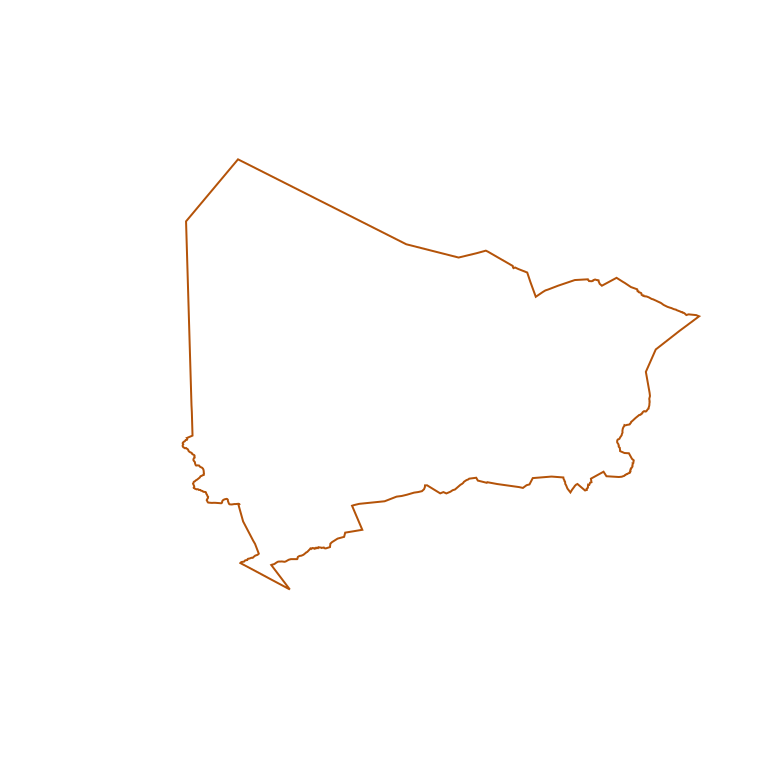 the district of Grong nor, Nord-Trøndelag, Norway, rotated 213°
{"feature_id": "86288312B93862258107530", "entity_name": "Grong nor", "entity_type": "district", "adm_level": 2, "iso_a3": "NOR", "parent_name": "Norway", "parent_adm1": "Nord-Trøndelag", "projection": "orthographic", "projection_center": [12.349, 64.529], "detail": "fine", "context": "isolated", "style": "outline", "palette": "amber", "viewbox_px": 768, "rotation_deg": 213, "n_neighbors": 0, "source": "geoboundaries", "source_scale": "gbopen_adm2", "svg_char_len": 6118}
<svg xmlns="http://www.w3.org/2000/svg" viewBox="0 0 768 768"><g transform="rotate(213 384 384)"><path d="M638.6,412.6L534.0,261.5L529.8,255.7L516.6,236.6L516.5,236.4L519.9,231.4L519.5,231.3L519.1,230.8L518.9,230.3L518.9,229.8L519.8,229.0L519.9,227.5L520.6,226.3L520.5,225.8L520.7,225.1L520.6,224.7L520.3,224.4L519.5,224.1L519.4,222.8L519.1,222.3L518.1,221.7L517.5,221.6L516.7,221.8L516.0,221.7L515.1,222.5L514.5,222.3L513.4,222.5L512.2,222.0L511.6,221.5L510.5,221.2L509.3,221.2L508.2,221.4L507.3,221.3L506.6,220.8L504.4,221.0L503.6,220.5L503.4,219.6L502.8,219.3L502.7,219.1L503.0,218.5L502.9,217.3L502.5,216.5L501.7,216.0L500.1,215.5L499.1,214.4L497.9,213.5L497.1,213.3L496.1,214.2L494.6,214.9L493.3,214.4L490.8,214.7L489.5,214.3L488.4,213.5L487.7,212.6L487.1,212.0L486.8,211.3L486.3,211.0L486.2,210.5L485.6,209.7L485.8,209.3L486.4,208.8L486.9,207.6L487.6,206.8L487.6,206.3L487.6,205.7L487.6,205.2L488.7,201.9L489.3,200.8L489.6,199.5L490.1,198.7L490.2,197.9L489.9,197.3L489.9,196.4L488.1,195.3L487.4,194.8L487.2,194.2L487.1,193.3L486.9,193.2L486.3,193.4L485.7,193.2L485.0,193.4L483.9,193.5L483.1,194.2L482.2,194.5L481.7,194.3L480.3,195.1L479.4,194.9L477.9,195.4L476.9,195.2L474.8,196.2L474.3,196.1L473.2,195.1L472.4,194.9L471.1,193.9L470.1,193.6L469.9,192.9L469.7,192.8L469.5,192.1L469.6,190.9L469.4,190.0L468.4,189.5L467.9,189.1L466.9,188.8L464.0,190.3L461.1,192.3L455.6,195.3L455.4,195.8L455.2,196.3L455.8,197.5L455.8,198.7L455.1,200.2L454.3,201.1L453.5,201.9L452.9,202.1L452.0,201.9L451.1,200.8L448.9,199.2L448.2,199.0L447.7,199.1L446.0,200.1L444.0,201.9L442.9,202.6L440.8,204.3L440.0,204.5L439.8,204.4L440.1,203.7L440.0,203.2L427.3,192.0L408.3,181.3L405.1,179.7L396.6,173.5L396.6,173.3L396.7,172.7L397.2,171.6L398.5,170.0L399.3,167.5L399.3,167.1L399.4,166.8L399.7,166.5L400.4,166.2L401.7,164.4L402.8,163.4L403.0,162.9L402.8,162.2L402.8,161.9L404.3,160.6L404.5,159.9L404.5,159.4L404.6,158.9L406.6,157.0L407.0,155.9L407.0,155.6L351.1,160.4L380.0,170.8L379.6,171.4L378.1,173.0L377.6,174.0L377.2,175.1L376.4,176.8L375.9,177.5L372.9,179.6L370.6,180.7L369.8,181.6L368.2,184.7L366.7,186.4L361.5,189.8L361.4,190.3L362.0,191.7L362.0,192.2L361.2,193.8L359.8,195.0L358.5,197.0L358.1,198.5L357.7,199.3L357.7,199.7L357.6,200.2L356.9,201.4L356.1,205.6L356.2,205.9L356.0,206.3L355.6,206.4L355.2,206.2L354.9,207.1L354.6,207.5L354.2,207.5L353.9,208.0L354.0,207.7L353.7,207.8L353.4,208.1L353.0,208.0L352.8,208.3L352.3,208.2L352.2,208.5L352.4,208.6L351.8,208.9L351.6,209.1L351.7,209.4L351.2,209.5L351.0,209.8L350.5,210.1L350.9,210.3L350.4,210.7L349.9,211.6L348.9,211.8L347.8,212.5L347.0,212.5L346.7,212.9L345.4,214.1L344.6,213.8L343.3,214.4L340.5,217.8L342.0,220.9L341.5,223.0L338.7,229.1L334.2,234.1L335.6,238.2L322.8,249.9L344.5,264.5L343.3,266.0L339.5,270.0L319.6,286.0L312.1,296.4L308.2,299.7L304.5,303.6L299.6,309.3L296.6,311.9L293.8,314.8L293.1,317.6L293.6,319.9L294.4,321.3L292.7,322.5L277.3,322.9L275.3,325.7L272.1,326.2L269.6,329.9L268.6,332.3L267.0,334.2L265.0,341.1L264.1,342.9L263.7,344.3L263.7,345.5L262.5,348.3L261.4,349.8L261.0,351.0L255.6,355.6L252.7,354.1L244.0,357.1L243.9,357.9L234.5,361.8L214.6,371.1L210.9,372.5L209.3,376.8L207.3,379.0L208.0,386.1L193.1,397.6L182.7,403.3L182.2,402.7L181.2,401.9L180.1,401.4L179.7,400.8L178.9,400.6L177.5,398.9L176.2,398.3L173.2,396.2L168.6,394.6L168.7,397.7L168.6,399.2L168.4,402.0L168.5,402.3L168.1,404.1L167.3,405.5L157.4,404.2L156.2,405.7L157.0,406.5L156.5,408.1L157.4,409.5L158.0,410.8L156.9,411.2L157.4,413.5L156.5,414.6L158.9,417.3L152.1,430.0L147.2,427.8L136.4,433.9L134.0,435.8L133.8,436.2L132.5,437.8L132.4,438.7L131.9,439.1L131.8,439.9L131.4,440.7L130.9,441.0L130.4,442.4L130.1,442.6L129.7,443.0L129.4,443.8L130.0,444.4L129.8,445.0L130.0,445.1L130.0,445.4L130.3,445.7L130.5,445.8L130.5,446.8L130.8,446.9L130.9,447.3L130.7,448.3L130.9,448.4L130.9,448.6L130.6,449.6L130.8,450.4L131.4,451.0L131.4,451.3L131.4,451.5L131.7,451.9L131.9,452.6L132.1,452.8L131.9,452.9L131.8,453.3L133.0,456.0L135.3,456.3L140.9,459.3L144.7,457.1L149.4,456.3L151.4,458.8L151.6,459.0L152.3,459.0L153.0,459.3L153.5,459.8L153.5,460.2L153.7,460.4L154.9,461.3L156.0,461.7L156.9,462.3L157.4,463.3L157.6,463.6L157.7,464.0L157.6,465.0L157.1,465.5L156.7,466.3L156.9,467.9L156.8,469.4L156.8,470.6L157.2,471.4L157.4,472.7L157.5,473.2L158.0,473.8L158.6,474.7L159.4,476.6L159.5,477.1L159.7,478.1L159.6,479.7L159.9,480.1L160.0,480.5L159.3,480.6L158.8,481.0L157.9,482.1L157.3,482.6L156.0,483.8L155.9,484.2L156.1,484.6L155.8,486.0L155.8,486.3L156.1,486.8L156.1,487.0L155.7,487.9L154.5,492.6L153.2,496.6L153.1,496.8L153.1,497.0L152.2,497.8L152.3,498.0L152.2,498.2L152.2,498.5L151.6,499.3L151.7,499.8L151.5,500.5L151.7,500.8L151.6,501.6L151.2,502.7L150.9,503.0L150.4,503.0L149.8,503.6L149.5,503.5L149.2,503.9L149.1,504.7L149.1,505.4L149.1,505.8L149.1,506.2L149.0,506.4L148.9,507.1L148.7,507.5L149.1,507.9L149.4,509.3L149.9,510.7L151.1,512.8L151.4,513.7L152.1,514.2L152.3,514.8L153.4,515.9L154.4,518.8L156.4,521.2L171.0,536.8L174.9,561.0L165.1,589.5L156.6,612.4L159.7,611.8L166.5,608.3L168.0,606.5L170.8,607.0L172.3,606.5L172.7,606.8L173.4,606.6L173.8,606.2L174.7,606.2L179.0,605.3L179.5,605.4L181.8,604.6L184.4,604.2L185.6,603.8L188.3,603.1L192.6,602.6L195.6,602.8L204.3,601.6L205.9,601.1L209.1,600.9L211.0,600.5L212.0,600.2L212.7,599.7L213.1,599.7L213.5,599.4L214.7,599.1L214.9,599.1L214.7,599.3L214.8,599.5L215.5,599.1L216.5,599.2L216.9,599.5L217.3,600.0L217.8,600.3L218.8,600.2L220.0,599.8L220.4,599.8L221.0,600.3L221.7,600.0L221.8,600.2L222.1,600.2L222.6,600.8L222.9,600.8L223.3,601.3L229.7,599.8L237.2,599.9L239.1,599.8L246.8,599.7L254.8,585.1L257.7,585.5L259.1,586.5L259.8,586.8L259.9,587.1L260.5,587.8L261.4,587.5L262.5,586.9L263.4,586.8L263.9,586.5L264.3,586.1L264.5,585.6L264.9,585.3L264.9,584.6L265.0,584.3L265.4,584.1L265.5,583.6L265.8,583.3L268.1,582.0L268.7,582.4L269.7,582.4L270.1,582.8L280.6,575.1L291.5,561.3L297.9,552.5L299.6,550.4L300.9,547.7L304.2,539.8L316.8,549.3L324.6,555.5L333.9,553.6L337.5,553.1L338.5,551.7L339.2,552.0L340.3,553.1L368.8,551.6L371.2,551.3L377.6,544.1L390.3,530.7L441.5,513.3L542.6,502.3L628.8,492.9L638.6,412.6Z" fill="none" stroke="#b45309" stroke-width="2"/></g></svg>